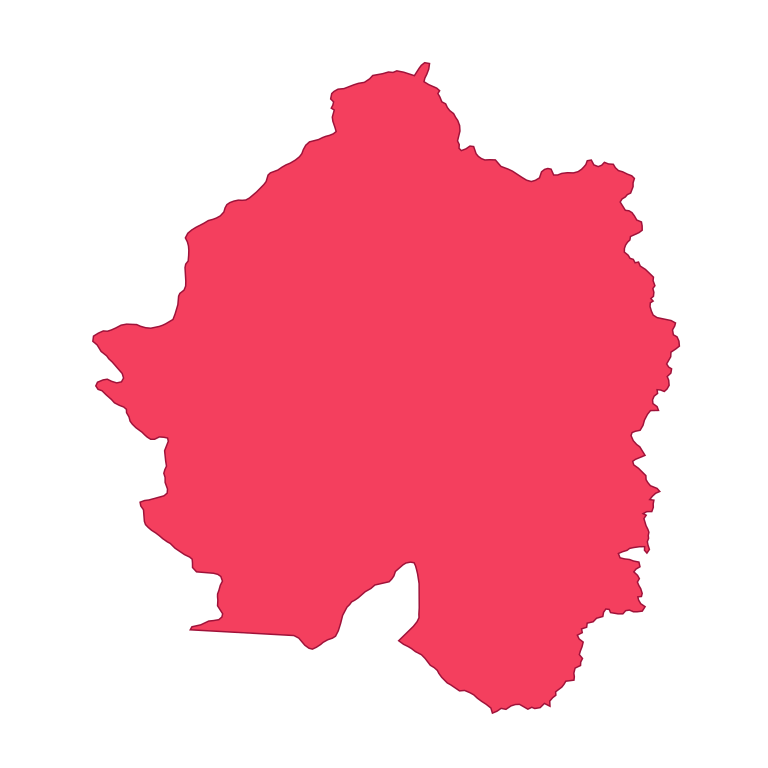 outline of Mumias East, Western, Kenya, rotated 273°
{"feature_id": "3690345B49414507598309", "entity_name": "Mumias East", "entity_type": "district", "adm_level": 2, "iso_a3": "KEN", "parent_name": "Kenya", "parent_adm1": "Western", "projection": "robinson", "projection_center": [34.565, 0.336], "detail": "fine", "context": "isolated", "style": "filled", "palette": "rose", "viewbox_px": 768, "rotation_deg": 273, "n_neighbors": 0, "source": "geoboundaries", "source_scale": "gbopen_adm2", "svg_char_len": 6130}
<svg xmlns="http://www.w3.org/2000/svg" viewBox="0 0 768 768"><g transform="rotate(273 384 384)"><path d="M551.1,633.8L555.4,633.5L559.3,632.6L561.0,627.8L564.9,625.3L568.1,622.7L569.8,619.6L570.1,615.9L578.1,610.3L581.3,612.1L583.4,615.2L585.9,617.1L587.6,620.3L594.1,622.4L597.9,622.2L602.4,623.3L604.9,620.5L606.3,616.1L608.4,611.2L609.4,606.9L612.1,603.7L615.4,601.5L615.5,596.6L616.9,592.5L613.8,589.9L612.3,586.5L613.8,582.1L618.5,579.3L617.6,575.3L613.7,574.1L611.2,572.2L608.7,570.0L606.2,566.7L604.7,562.1L604.6,556.2L603.6,550.5L601.8,546.5L601.6,542.5L607.3,539.6L607.8,536.3L606.7,533.1L604.1,530.2L598.0,528.5L595.3,524.5L593.9,520.5L595.0,515.7L597.7,510.7L603.3,501.1L605.1,496.7L607.4,489.4L613.6,483.5L613.5,477.9L613.0,473.0L614.2,469.5L616.2,466.3L618.8,463.9L625.8,461.1L626.1,457.4L623.1,453.5L621.1,449.0L623.3,446.6L627.1,446.6L630.6,444.7L640.6,446.6L646.0,446.0L650.9,443.9L654.1,441.5L657.6,439.4L660.5,435.3L663.4,432.8L667.0,430.9L668.8,427.0L673.5,424.8L676.9,422.6L679.8,424.2L682.2,421.2L685.3,413.0L688.0,408.1L691.6,408.8L695.5,410.5L700.8,412.2L706.4,412.7L707.0,407.8L704.2,404.6L701.2,402.6L693.5,398.2L696.4,387.4L697.4,380.4L695.6,376.7L695.8,372.1L693.8,366.4L691.5,356.6L688.0,353.7L684.2,348.6L682.9,342.7L681.2,338.2L676.9,328.6L676.0,322.6L673.6,318.8L671.3,316.6L665.9,315.8L663.1,318.9L659.8,318.3L656.7,316.9L655.0,320.0L647.8,318.4L643.7,319.2L637.4,321.7L633.6,323.0L631.2,320.3L629.4,316.5L628.3,313.0L626.9,309.8L624.7,305.9L621.9,296.9L618.4,293.4L613.9,291.2L609.7,289.9L606.5,287.7L603.0,283.8L599.6,278.7L597.7,274.7L595.2,270.8L592.1,266.8L588.9,259.5L586.6,257.3L580.0,255.7L576.9,253.6L569.0,246.6L562.7,239.9L560.5,236.4L560.0,232.7L560.0,228.9L558.8,224.5L557.1,220.6L554.9,217.7L551.6,216.1L547.4,215.1L543.3,211.7L541.0,208.0L539.5,204.6L538.0,200.0L535.0,195.6L530.6,188.0L527.9,184.1L524.3,180.2L519.5,178.0L515.7,180.2L511.7,181.5L507.3,182.1L502.1,182.2L496.6,182.0L493.3,179.7L489.8,179.2L476.3,180.7L471.4,180.8L467.3,179.4L463.8,175.4L461.0,174.3L452.4,174.0L442.9,171.7L437.4,169.9L432.6,162.7L431.0,159.7L429.7,156.5L427.5,148.2L427.7,143.0L428.9,137.8L430.4,133.9L430.3,123.8L429.0,118.4L425.9,113.2L423.7,108.9L422.2,105.0L422.3,100.9L419.8,96.0L416.6,91.4L411.4,91.0L408.0,95.5L401.7,99.8L397.6,105.6L394.7,107.9L391.7,111.5L380.8,122.0L376.3,123.6L372.4,121.7L371.1,117.0L372.4,111.9L374.3,107.4L373.4,103.3L370.8,97.8L367.0,96.3L363.7,98.7L362.5,102.8L358.9,106.8L354.2,112.7L351.1,115.8L348.9,120.7L347.4,125.3L345.2,128.1L341.9,128.4L337.7,131.1L333.6,132.4L330.7,134.8L327.4,138.5L323.2,144.9L320.6,147.8L318.6,150.3L316.6,153.9L316.8,157.8L319.4,162.4L319.3,167.0L318.7,170.7L315.5,171.6L305.9,168.4L295.7,170.0L290.6,171.1L286.9,169.6L283.3,168.8L279.2,170.3L274.2,170.6L267.8,173.3L263.7,173.2L260.8,170.1L255.9,155.4L255.1,151.0L253.2,146.6L249.5,147.5L245.8,150.4L234.3,151.9L231.1,153.2L228.4,156.1L225.7,159.6L223.4,163.7L220.9,167.4L218.0,171.1L215.0,175.9L213.6,178.9L209.1,183.9L203.2,193.7L201.0,199.0L199.0,201.6L195.4,202.1L190.7,202.4L186.6,206.6L186.1,223.6L185.2,228.0L183.3,231.1L178.7,233.0L174.5,231.1L169.2,229.9L165.6,228.8L162.7,228.9L159.3,229.4L153.8,229.4L146.1,234.9L142.8,234.3L140.0,231.4L138.8,226.0L138.1,221.4L133.9,213.6L131.5,204.9L128.4,203.4L128.1,307.2L125.8,312.2L119.0,318.6L116.2,322.9L115.5,326.4L117.6,330.3L120.6,334.4L122.8,336.7L125.6,341.1L127.5,345.8L129.6,348.8L135.2,351.3L142.7,353.2L150.8,354.8L159.2,358.7L161.9,361.2L164.7,363.0L166.6,366.1L169.1,369.4L175.6,376.1L179.1,381.6L182.8,385.4L186.8,399.5L189.7,402.0L192.8,403.9L197.4,405.2L204.4,412.4L206.4,415.3L207.5,419.7L207.1,423.4L204.1,425.0L200.5,426.2L196.1,427.5L186.5,429.5L162.3,430.9L155.9,430.9L152.5,431.2L148.4,429.5L143.6,426.1L128.4,412.1L125.1,417.1L123.0,422.0L121.3,425.2L118.4,429.4L115.6,435.6L112.1,439.4L105.5,445.0L103.4,449.0L100.7,452.3L97.9,453.9L94.1,457.0L88.8,462.8L87.1,466.3L81.5,475.5L82.2,480.5L80.3,485.8L78.3,489.9L75.1,493.7L72.2,498.1L69.5,502.8L66.0,507.7L61.0,509.5L63.1,513.9L66.2,517.9L65.5,522.8L69.2,527.7L70.8,531.9L71.2,536.1L66.8,544.7L68.9,548.5L67.8,551.5L69.0,556.9L73.4,560.9L70.9,566.6L76.0,566.1L79.6,568.9L82.2,571.9L85.6,571.5L90.7,577.5L93.6,579.5L96.7,581.1L98.2,589.2L101.6,589.4L105.2,588.7L110.3,589.7L113.2,595.0L116.6,595.0L120.3,596.6L124.0,593.2L127.7,594.1L131.9,595.5L136.7,596.4L139.6,592.2L143.3,590.2L146.1,595.0L149.8,594.1L151.7,599.1L155.8,599.4L157.5,605.3L161.2,608.5L163.3,614.7L167.5,615.2L170.9,617.3L170.7,620.7L167.6,622.2L166.7,629.8L167.0,634.6L170.3,637.2L171.1,640.9L169.6,645.0L169.8,648.8L170.7,653.8L175.3,656.4L178.0,651.9L181.5,649.6L184.7,648.6L185.3,652.2L188.4,652.8L193.0,651.1L196.2,649.0L199.5,647.4L203.0,649.2L206.2,647.2L209.5,643.3L212.4,645.4L214.9,649.2L219.5,647.9L220.3,642.4L221.6,638.3L221.9,633.5L222.8,628.8L227.0,626.9L229.0,631.0L230.6,635.4L232.7,637.9L233.8,642.1L234.9,647.8L235.2,652.8L231.6,652.8L228.9,655.4L232.7,657.7L237.1,656.0L240.4,655.2L243.7,656.3L246.6,655.8L249.8,656.3L252.7,655.1L256.2,653.1L263.2,650.6L266.7,652.7L268.1,649.5L270.3,653.1L270.6,658.1L274.9,659.4L278.4,659.1L282.1,659.6L282.5,655.4L286.1,658.0L289.1,661.0L291.1,665.0L294.0,662.2L296.4,655.3L299.5,652.5L302.2,650.7L306.2,650.3L313.2,642.5L316.3,637.6L319.8,636.4L321.9,639.0L326.4,648.4L334.7,642.7L336.8,639.5L340.4,635.9L345.4,633.4L348.5,634.3L350.0,637.6L351.2,642.2L356.2,644.8L361.6,646.0L367.5,648.7L371.4,651.5L372.0,659.5L375.7,657.9L378.5,653.6L382.2,653.0L386.0,654.4L388.9,657.7L392.6,657.0L392.5,660.4L391.2,664.3L393.8,666.9L397.6,668.8L402.7,668.1L406.3,666.4L409.9,669.9L414.2,670.4L415.8,667.4L418.8,665.2L426.2,668.9L430.8,668.9L434.3,673.6L437.3,677.0L442.2,676.3L446.4,674.2L448.3,670.4L453.1,669.3L457.2,671.3L460.2,671.9L462.4,667.4L464.6,653.2L466.9,649.2L470.8,647.2L475.3,645.6L479.0,645.7L480.9,648.4L483.3,646.0L485.7,648.5L489.7,648.7L493.4,647.5L496.3,649.4L501.3,647.3L504.8,647.5L512.1,639.1L515.2,633.7L519.1,631.8L518.2,628.4L521.5,626.4L522.4,623.1L525.4,621.1L528.3,617.1L532.0,617.0L535.4,618.0L538.4,619.8L540.7,622.0L544.2,622.4L548.5,630.7L551.1,633.8Z" fill="#f43f5e" stroke="#9f1239" stroke-width="1.5"/></g></svg>